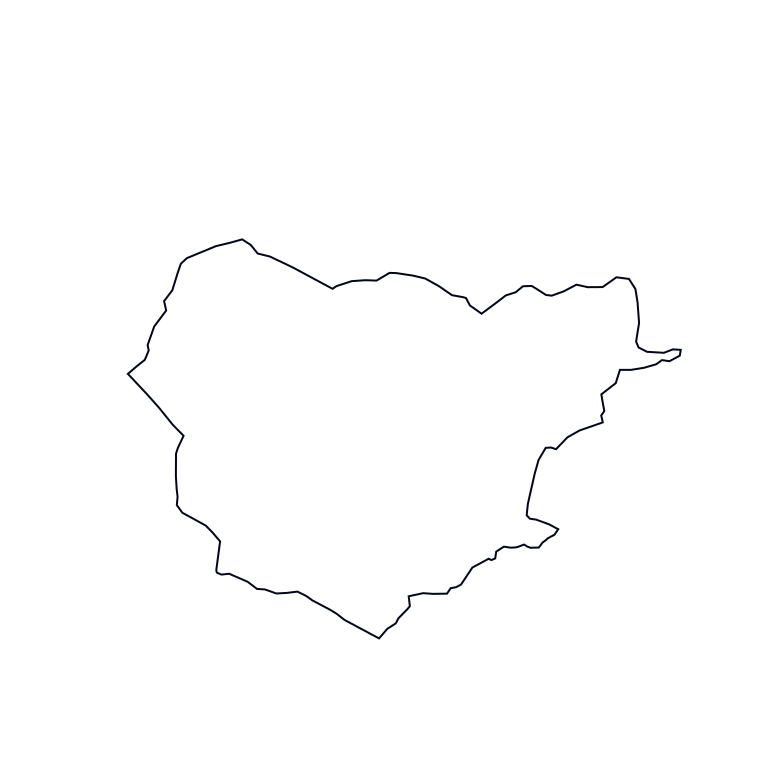 the district of Mbam-et-Kim, Centre, Cameroon, rotated 227°
{"feature_id": "32672807B95944109326060", "entity_name": "Mbam-et-Kim", "entity_type": "district", "adm_level": 2, "iso_a3": "CMR", "parent_name": "Cameroon", "parent_adm1": "Centre", "projection": "natural_earth1", "projection_center": [11.781, 5.302], "detail": "fine", "context": "isolated", "style": "outline", "palette": "ink", "viewbox_px": 768, "rotation_deg": 227, "n_neighbors": 0, "source": "geoboundaries", "source_scale": "gbopen_adm2", "svg_char_len": 2170}
<svg xmlns="http://www.w3.org/2000/svg" viewBox="0 0 768 768"><g transform="rotate(227 384 384)"><path d="M362.5,134.7L360.8,133.4L359.8,133.2L355.5,135.1L350.8,141.4L347.0,143.0L332.3,149.4L320.7,151.4L315.0,156.8L304.2,162.4L299.8,167.7L297.6,170.3L291.2,179.1L281.9,182.6L274.7,184.0L255.7,190.6L248.6,192.6L238.5,194.2L220.5,200.3L209.9,203.9L201.3,206.9L202.7,219.4L200.9,229.4L202.8,234.7L203.4,247.8L203.9,251.4L211.9,257.3L204.3,270.0L197.1,276.7L187.7,287.1L189.2,293.5L186.2,298.2L184.8,303.7L189.5,323.5L184.8,341.4L182.0,342.4L180.6,346.4L184.9,351.8L184.2,355.6L183.3,360.7L177.7,365.2L174.0,369.8L171.0,377.0L167.7,377.8L165.6,378.8L164.5,379.3L158.8,385.7L159.9,391.9L159.7,393.7L159.4,395.7L159.4,398.8L157.5,405.9L159.0,412.4L160.0,412.0L168.6,409.1L181.2,402.7L182.4,401.7L186.1,398.8L190.7,398.8L198.4,407.7L199.2,408.9L214.9,432.0L215.6,433.0L223.0,445.2L227.0,458.7L224.5,461.8L223.9,462.6L219.0,465.4L219.9,481.8L216.8,494.6L216.5,495.7L206.7,517.8L212.8,521.4L214.0,526.7L220.8,531.0L228.2,535.9L226.6,554.1L233.4,566.2L226.7,573.4L226.0,574.1L219.7,583.5L218.6,585.1L212.8,596.5L211.9,603.6L206.0,608.3L203.0,619.7L206.6,624.3L212.3,618.9L215.9,610.0L228.2,598.3L237.1,595.1L242.9,597.2L243.7,598.1L254.7,612.2L270.4,624.8L271.1,625.3L281.9,632.6L283.8,633.0L293.8,634.8L303.6,626.7L303.9,623.9L305.8,610.0L312.3,602.9L315.9,599.0L325.4,592.5L329.2,578.6L334.2,566.9L336.4,565.1L338.6,563.2L350.0,560.3L355.0,558.9L360.7,552.3L361.3,542.8L362.7,539.9L365.8,533.3L366.0,530.4L367.0,520.1L368.9,503.3L382.8,500.4L391.0,502.6L393.5,501.1L402.6,494.3L418.1,490.9L433.0,486.1L443.4,479.2L456.9,468.5L461.5,463.8L464.7,449.1L472.5,441.3L481.2,430.6L488.0,416.0L488.7,411.3L531.4,396.8L555.0,387.5L565.6,380.6L576.6,381.4L586.5,378.9L592.2,367.9L599.5,355.0L610.5,325.6L610.5,317.4L606.3,309.5L596.9,293.1L594.6,279.7L586.3,274.8L582.8,255.2L573.7,237.7L569.0,234.8L564.8,225.6L565.6,215.1L566.1,203.6L538.3,203.7L520.5,203.3L498.2,201.7L482.8,202.1L477.9,189.8L474.9,184.4L458.6,169.0L448.8,160.9L442.3,156.1L436.7,149.9L427.4,148.7L417.2,152.1L401.9,157.1L392.1,157.3L380.7,156.8L362.5,134.7Z" fill="none" stroke="#020617" stroke-width="2"/></g></svg>